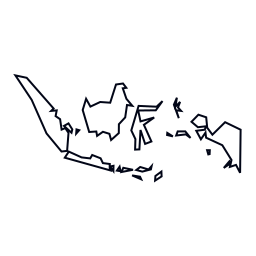 map outline of Indonesia (Equal Earth projection)
{"feature_id": "IDN", "entity_name": "Indonesia", "entity_type": "country or territory", "adm_level": 0, "iso_a3": "IDN", "parent_name": "Asia", "parent_adm1": "", "projection": "equal_earth", "projection_center": [119.503, -2.501], "detail": "medium", "context": "isolated", "style": "outline", "palette": "ink", "viewbox_px": 256, "rotation_deg": 0, "n_neighbors": 0, "source": "natural_earth", "source_scale": "50m", "svg_char_len": 1883}
<svg xmlns="http://www.w3.org/2000/svg" viewBox="0 0 256 256"><path d="M86.1,98.8L90.4,106.6L100.2,102.0L110.2,102.7L116.0,84.5L123.0,83.5L126.3,87.8L122.8,88.3L126.4,98.8L132.3,105.8L127.0,105.0L125.2,117.4L118.9,124.2L118.8,133.1L111.1,140.0L109.4,133.8L102.9,131.8L97.1,135.9L96.3,131.5L89.2,132.0L82.7,110.0L86.1,98.8ZM15.4,75.4L26.7,77.8L53.6,108.5L51.2,110.9L56.7,110.4L55.6,116.1L60.1,119.2L61.6,129.6L65.3,128.1L68.5,132.9L67.1,150.9L61.5,151.5L46.5,133.4L31.7,99.9L15.4,75.4ZM240.6,129.7L240.1,172.8L236.0,164.9L229.9,166.9L231.5,160.0L222.3,145.2L206.1,137.7L205.5,132.6L200.9,139.3L196.3,130.8L204.8,129.7L205.9,126.3L197.9,127.2L191.5,121.8L198.4,114.7L206.2,117.3L207.2,127.7L212.4,134.7L225.1,122.2L240.6,129.7ZM162.5,101.1L155.8,110.3L138.2,110.5L140.5,121.4L154.2,117.5L143.9,124.8L151.4,141.5L145.1,143.9L140.5,130.0L139.4,149.4L135.1,149.6L135.4,139.1L131.3,130.4L138.6,105.9L156.6,106.7L162.5,101.1ZM68.8,151.6L81.6,157.4L90.2,158.4L92.2,155.0L100.6,158.3L102.9,163.1L109.8,164.0L109.7,168.1L110.7,170.5L64.8,157.7L68.8,151.6ZM175.4,106.7L180.1,101.9L178.0,107.4L181.1,110.9L176.2,110.3L178.8,118.2L173.9,104.7L176.9,97.7L175.4,106.7ZM185.3,131.4L190.5,137.9L185.8,134.4L176.2,135.5L177.7,131.4L185.3,131.4ZM150.9,169.4L142.3,171.6L136.3,170.0L140.2,167.0L148.6,169.5L151.6,166.1L150.9,169.4ZM123.3,167.8L133.0,169.8L121.5,172.0L123.3,167.8ZM161.4,171.6L161.6,176.4L155.1,180.6L155.4,176.0L161.4,171.6ZM68.5,123.4L72.3,129.4L71.5,132.7L64.0,125.9L68.5,123.4ZM230.5,163.4L223.8,167.9L229.4,161.3L230.5,163.4ZM132.1,175.4L140.0,176.7L141.2,179.3L132.1,175.4ZM167.3,132.9L172.9,136.4L167.1,135.0L167.3,132.9ZM113.5,165.8L113.4,171.0L110.1,166.5L113.5,165.8ZM119.6,166.7L120.5,171.2L116.9,170.6L119.6,166.7ZM79.2,130.2L76.2,133.6L76.5,129.4L79.2,130.2ZM209.8,150.2L209.6,154.1L208.3,154.4L207.1,150.2L209.8,150.2Z" fill="none" stroke="#020617" stroke-width="2"/></svg>